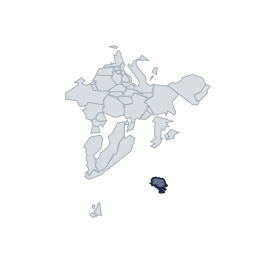 Iceland highlighted on a map of Europe, rotated 225°
{"feature_id": "ISL", "entity_name": "Iceland", "entity_type": "country or territory", "adm_level": 0, "iso_a3": "ISL", "parent_name": "Europe", "parent_adm1": "", "projection": "orthographic", "projection_center": [-19.868, 64.966], "detail": "fine", "context": "in_parent", "style": "filled", "palette": "slate", "viewbox_px": 256, "rotation_deg": 225, "n_neighbors": 37, "source": "natural_earth", "source_scale": "50m", "svg_char_len": 10939}
<svg xmlns="http://www.w3.org/2000/svg" viewBox="0 0 256 256"><g transform="rotate(225 128 128)"><path d="M85.3,47.7L88.2,44.1L93.5,45.6L93.0,47.9L95.9,54.3L95.1,55.1L85.3,47.7ZM126.5,65.7L125.7,69.5L124.1,67.1L121.8,67.2L123.0,74.3L117.5,75.2L118.3,79.4L115.8,80.5L118.2,96.9L119.7,99.4L118.2,100.2L119.0,104.0L125.2,114.2L125.2,119.9L123.0,118.3L121.4,124.3L115.9,125.6L109.7,113.7L114.2,75.5L119.3,63.9L124.1,63.1L123.8,65.0L126.5,65.7ZM93.5,39.8L93.2,43.6L87.8,43.1L89.7,40.0L93.5,39.8ZM98.3,47.2L98.0,49.6L96.3,49.8L96.1,48.7L94.9,48.0L95.6,46.4L98.3,47.2Z" fill="#d9dde1" stroke="#a8b0b8" stroke-width="1"/><path d="M119.1,155.5L134.8,157.7L133.0,168.0L140.3,177.0L127.0,187.8L115.7,187.3L115.4,177.4L105.1,172.6L104.3,170.0L111.8,168.1L110.0,164.1L112.7,165.0L119.1,155.5ZM146.5,182.5L146.2,176.9L147.9,182.6L146.5,182.5Z" fill="#d9dde1" stroke="#a8b0b8" stroke-width="1"/><path d="M125.2,119.9L123.5,109.8L119.0,104.0L118.2,100.2L119.7,99.4L115.6,83.3L117.5,76.5L123.5,77.6L128.8,83.2L127.5,85.8L129.6,90.8L128.6,99.8L130.5,105.2L135.7,107.6L135.4,114.3L139.0,124.2L134.9,130.1L125.2,119.9Z" fill="#d9dde1" stroke="#a8b0b8" stroke-width="1"/><path d="M159.2,107.5L164.6,105.1L166.3,107.4L172.8,108.3L171.5,111.4L174.6,113.3L174.6,117.7L162.1,128.5L156.9,121.3L159.5,117.1L157.9,111.6L159.2,107.5Z" fill="#d9dde1" stroke="#a8b0b8" stroke-width="1"/><path d="M195.2,124.8L198.0,122.2L196.3,130.7L191.7,130.9L192.4,127.2L187.2,128.7L185.0,138.4L182.9,134.8L185.0,132.6L178.9,130.3L172.7,138.1L165.9,140.6L165.3,131.4L162.1,128.5L163.3,125.9L174.6,117.7L173.5,115.0L177.0,109.2L183.7,111.0L192.7,104.3L196.7,109.2L193.7,123.3L195.2,124.8Z" fill="#d9dde1" stroke="#a8b0b8" stroke-width="1"/><path d="M156.9,121.3L160.2,124.6L159.6,126.1L164.9,130.4L166.0,137.6L150.2,142.9L141.4,136.9L140.1,134.2L144.6,126.2L156.9,121.3Z" fill="#d9dde1" stroke="#a8b0b8" stroke-width="1"/><path d="M156.0,149.3L156.4,155.5L153.8,158.3L140.8,162.7L148.2,157.1L147.4,151.5L153.8,147.8L156.0,149.3Z" fill="#d9dde1" stroke="#a8b0b8" stroke-width="1"/><path d="M165.9,140.6L168.2,141.3L167.9,148.9L163.4,154.8L156.6,154.6L156.0,149.3L165.9,140.6Z" fill="#d9dde1" stroke="#a8b0b8" stroke-width="1"/><path d="M175.0,133.6L178.9,130.3L185.0,132.6L182.9,134.8L183.8,138.7L180.8,135.1L175.0,133.6Z" fill="#d9dde1" stroke="#a8b0b8" stroke-width="1"/><path d="M183.8,138.7L186.7,136.7L188.1,143.2L176.6,153.4L166.5,150.8L168.6,139.9L175.0,133.6L180.8,135.1L183.8,138.7Z" fill="#d9dde1" stroke="#a8b0b8" stroke-width="1"/><path d="M157.9,111.6L159.5,117.1L156.9,121.3L148.2,117.9L153.6,111.7L157.9,111.6Z" fill="#d9dde1" stroke="#a8b0b8" stroke-width="1"/><path d="M154.6,104.9L159.2,107.5L157.9,111.6L153.6,111.7L148.2,117.9L146.7,110.5L149.7,111.8L150.3,106.4L154.6,104.9Z" fill="#d9dde1" stroke="#a8b0b8" stroke-width="1"/><path d="M150.6,98.0L154.6,104.9L149.4,108.1L144.7,105.0L150.6,98.0Z" fill="#d9dde1" stroke="#a8b0b8" stroke-width="1"/><path d="M140.1,134.2L146.6,142.1L142.2,148.5L147.4,151.5L148.2,157.1L135.3,163.3L134.8,157.7L131.2,158.6L128.6,155.9L126.1,149.8L127.5,147.6L125.9,142.1L128.3,141.7L129.0,139.2L126.9,136.1L129.7,134.6L133.3,137.0L135.7,133.6L140.1,134.2Z" fill="#d9dde1" stroke="#a8b0b8" stroke-width="1"/><path d="M175.2,152.6L176.6,153.4L188.1,143.2L190.5,149.2L181.2,160.9L175.2,152.6Z" fill="#d9dde1" stroke="#a8b0b8" stroke-width="1"/><path d="M199.1,171.9L196.1,176.3L192.7,177.7L192.4,176.1L199.1,171.9ZM177.7,165.9L188.5,153.3L188.8,156.5L184.0,161.4L186.5,161.8L182.3,164.7L190.0,169.8L187.4,170.8L190.0,175.1L188.4,176.5L177.7,171.2L177.7,165.9Z" fill="#d9dde1" stroke="#a8b0b8" stroke-width="1"/><path d="M177.7,165.9L177.7,171.2L174.9,170.6L171.6,162.4L177.7,165.9Z" fill="#d9dde1" stroke="#a8b0b8" stroke-width="1"/><path d="M158.0,155.2L166.4,155.0L158.9,162.0L169.0,165.2L161.7,165.8L156.6,162.4L153.6,163.9L158.0,155.2Z" fill="#d9dde1" stroke="#a8b0b8" stroke-width="1"/><path d="M140.4,161.1L143.8,163.8L137.3,169.9L133.5,169.6L133.6,164.4L140.4,161.1Z" fill="#d9dde1" stroke="#a8b0b8" stroke-width="1"/><path d="M128.0,156.3L129.8,158.1L128.5,158.4L128.0,156.3Z" fill="#d9dde1" stroke="#a8b0b8" stroke-width="1"/><path d="M127.9,153.4L128.5,158.4L119.1,155.5L124.3,152.1L127.9,153.4Z" fill="#d9dde1" stroke="#a8b0b8" stroke-width="1"/><path d="M125.8,143.0L127.9,153.4L120.7,154.1L121.6,146.5L125.8,143.0Z" fill="#d9dde1" stroke="#a8b0b8" stroke-width="1"/><path d="M96.5,197.6L98.6,195.7L104.5,197.9L102.3,204.8L104.5,210.0L102.6,214.8L99.3,215.3L98.9,210.4L96.5,209.1L96.5,197.6Z" fill="#d9dde1" stroke="#a8b0b8" stroke-width="1"/><path d="M103.7,213.7L102.3,204.8L104.5,197.9L98.6,195.7L96.5,197.6L94.9,193.6L98.6,190.2L130.0,186.2L128.8,191.4L125.4,193.4L123.8,200.4L125.4,202.0L120.3,211.2L110.8,216.2L103.7,213.7Z" fill="#d9dde1" stroke="#a8b0b8" stroke-width="1"/><path d="M96.4,151.3L96.2,157.7L88.8,160.8L90.2,156.5L88.4,152.7L92.4,147.0L93.1,151.2L96.4,151.3Z" fill="#d9dde1" stroke="#a8b0b8" stroke-width="1"/><path d="M143.4,162.3L151.7,159.2L153.5,162.0L150.1,165.0L152.6,168.9L172.3,172.0L173.0,173.9L168.6,174.3L171.4,178.8L169.4,184.2L168.9,180.2L165.6,177.9L151.7,176.6L147.0,172.7L143.1,172.9L140.3,177.0L135.9,169.7L143.4,162.3ZM161.3,190.3L168.5,183.5L169.7,189.2L161.3,190.3ZM145.6,185.4L150.6,184.7L151.9,189.3L149.9,191.4L145.6,185.4Z" fill="#d9dde1" stroke="#a8b0b8" stroke-width="1"/><path d="M129.7,134.6L126.9,136.1L123.6,130.9L126.4,124.3L127.2,127.6L129.2,128.4L129.7,134.6ZM132.5,128.1L134.3,133.0L131.3,132.1L130.3,130.8L132.5,128.1Z" fill="#d9dde1" stroke="#a8b0b8" stroke-width="1"/><path d="M96.4,151.3L93.1,151.2L92.4,147.0L97.1,148.4L96.4,151.3ZM103.9,151.3L97.4,143.3L96.6,145.4L94.2,140.0L95.1,132.3L99.1,131.3L97.9,136.0L102.1,134.3L101.4,141.5L103.7,141.2L112.4,150.6L115.4,150.4L116.5,155.9L100.2,165.1L104.9,158.9L100.0,157.9L102.2,156.1L100.4,151.8L103.9,151.3Z" fill="#d9dde1" stroke="#a8b0b8" stroke-width="1"/><path d="M151.7,159.2L156.6,154.6L158.0,155.2L156.9,160.5L153.1,162.7L151.7,159.2Z" fill="#d9dde1" stroke="#a8b0b8" stroke-width="1"/><path d="M124.1,67.1L127.5,71.6L130.8,71.9L132.0,75.0L136.4,77.0L138.0,80.2L141.1,81.2L142.4,83.6L146.0,83.6L146.9,85.5L148.1,94.9L142.4,103.5L138.1,102.6L132.7,94.5L132.9,84.3L127.5,82.3L123.5,77.6L117.5,76.5L123.0,74.3L121.8,67.2L124.1,67.1Z" fill="#d9dde1" stroke="#a8b0b8" stroke-width="1"/><path d="M165.5,137.8L165.7,141.2L158.5,149.2L155.2,148.3L156.8,142.6L165.5,137.8Z" fill="#d9dde1" stroke="#a8b0b8" stroke-width="1"/><path d="M146.6,142.1L153.1,141.2L157.4,142.1L149.6,151.6L144.0,150.6L142.2,148.5L146.6,142.1Z" fill="#d9dde1" stroke="#a8b0b8" stroke-width="1"/><path d="M169.0,164.5L161.8,163.4L158.7,160.3L167.0,156.2L169.5,160.1L169.0,164.5Z" fill="#d9dde1" stroke="#a8b0b8" stroke-width="1"/><path d="M178.1,158.9L181.2,160.9L176.3,165.9L175.0,162.6L178.1,158.9Z" fill="#d9dde1" stroke="#a8b0b8" stroke-width="1"/><path d="M164.0,153.7L166.5,150.8L174.7,151.5L178.2,158.2L176.5,160.6L173.0,158.8L172.6,161.2L169.0,160.7L164.0,153.7Z" fill="#d9dde1" stroke="#a8b0b8" stroke-width="1"/><path d="M172.5,162.2L172.2,165.6L169.0,165.2L169.0,160.7L172.5,162.2Z" fill="#d9dde1" stroke="#a8b0b8" stroke-width="1"/><path d="M175.0,163.5L172.5,162.2L172.7,159.2L176.2,158.9L175.0,163.5Z" fill="#d9dde1" stroke="#a8b0b8" stroke-width="1"/><path d="M71.5,105.5L72.0,105.3L72.1,105.2L72.4,104.9L72.5,104.8L72.8,104.8L73.0,104.7L73.0,104.8L72.8,104.9L72.7,105.0L72.3,105.6L72.2,105.8L72.4,106.1L72.6,106.1L72.8,106.0L73.0,106.3L73.0,106.7L72.9,106.9L72.8,107.2L73.4,107.1L73.5,107.1L73.5,107.3L73.7,107.5L73.4,107.9L73.7,107.7L73.9,107.6L74.3,107.7L74.5,107.8L74.6,108.0L74.7,107.9L74.8,107.9L74.9,108.0L74.8,108.3L74.8,108.5L74.6,108.6L74.7,108.8L74.8,108.9L74.9,109.0L74.8,109.3L75.1,109.5L75.1,109.8L75.0,110.0L74.8,110.1L74.7,110.1L74.7,110.3L74.7,110.5L74.6,111.0L74.4,111.2L74.3,111.3L74.0,111.3L73.9,111.2L73.9,111.5L73.8,111.8L73.9,112.0L73.7,112.4L73.6,112.6L73.3,112.7L73.1,113.0L72.9,113.1L72.5,113.1L72.1,113.3L71.6,113.7L71.2,113.9L70.9,114.3L70.5,114.8L70.2,115.0L69.7,115.1L69.4,115.2L68.5,115.5L68.2,115.7L68.1,115.8L68.0,116.0L68.0,116.4L67.7,116.6L67.5,116.4L67.4,116.4L67.4,116.5L67.5,116.7L67.3,116.7L66.7,116.9L65.7,116.8L65.2,116.7L64.7,116.4L64.4,116.4L64.0,116.4L63.6,116.0L63.4,115.8L63.4,115.7L63.5,115.7L63.6,115.4L63.3,115.6L63.2,115.6L63.0,115.4L62.8,115.4L62.5,115.2L62.3,115.0L62.3,114.9L62.1,114.8L61.9,115.1L60.2,115.1L59.7,115.1L59.5,114.6L59.5,114.4L59.6,114.1L59.8,114.3L59.9,114.5L60.5,114.4L60.7,114.2L60.8,114.1L61.0,113.9L61.1,113.7L61.3,113.4L61.4,113.2L61.6,113.1L61.8,113.0L61.6,113.0L61.0,113.3L60.8,113.3L60.8,113.2L61.0,113.0L60.9,113.0L60.9,112.9L60.9,112.7L61.0,112.5L61.4,112.2L61.6,112.1L61.0,112.3L60.7,112.4L60.5,112.2L60.4,112.2L60.4,111.9L60.5,111.7L60.4,111.6L60.1,111.3L59.7,111.3L58.7,111.1L58.4,111.2L58.1,111.4L57.8,111.4L57.7,111.4L57.6,111.1L57.5,110.9L57.7,110.7L57.8,110.7L58.1,110.8L58.4,110.6L58.7,110.6L58.9,110.5L58.9,110.4L59.0,110.5L59.4,110.5L59.6,110.4L59.8,110.4L60.0,110.4L60.4,110.3L61.1,110.4L61.3,110.2L61.4,109.9L60.9,110.0L60.3,109.9L60.1,109.7L60.5,109.4L60.8,109.2L61.2,109.0L61.3,108.9L61.0,108.6L60.5,108.6L60.4,108.4L60.0,108.2L59.7,108.3L59.6,108.2L59.2,108.3L58.4,108.5L58.0,108.7L57.9,108.8L57.7,108.6L57.4,108.4L57.0,108.3L56.9,108.2L57.2,107.9L57.3,107.9L57.5,107.9L57.8,108.2L58.0,108.2L57.7,107.9L57.8,107.8L57.7,107.6L57.6,107.3L57.9,107.3L58.4,107.7L58.6,107.7L58.8,107.5L59.0,107.5L58.9,107.4L58.5,107.4L58.3,107.3L58.2,107.2L58.1,106.9L58.6,106.9L58.4,106.6L58.2,106.4L58.2,106.2L58.3,106.2L58.7,106.3L58.8,106.4L58.7,106.2L58.7,105.9L58.8,105.7L59.0,105.8L59.4,106.1L59.5,106.4L59.4,106.5L59.6,106.5L59.8,106.6L59.9,106.4L60.0,106.4L60.1,106.5L60.1,107.0L60.2,106.9L60.4,106.9L60.4,106.5L60.4,106.3L60.4,106.2L59.8,105.9L59.7,105.8L59.6,105.6L59.9,105.5L60.3,105.5L60.3,105.4L60.1,105.3L60.0,105.2L59.8,105.2L59.6,105.2L59.4,105.1L59.5,105.0L59.6,104.8L59.7,104.7L60.0,104.8L60.3,104.7L60.5,104.8L60.6,105.0L60.9,105.3L61.2,105.5L61.4,105.8L61.7,106.2L62.1,106.5L61.9,106.7L61.9,106.8L62.1,106.8L62.2,107.0L62.1,107.6L61.9,107.8L61.6,107.7L61.7,107.8L61.9,108.0L62.0,108.1L61.9,108.2L62.0,108.3L62.1,108.2L62.1,108.3L62.0,108.6L62.3,108.9L62.4,109.4L62.4,109.5L62.5,109.4L62.5,109.0L62.6,108.9L62.7,108.7L62.8,108.3L63.0,108.1L63.2,107.9L63.3,108.0L63.4,108.3L63.5,108.3L63.7,108.1L63.8,107.7L63.8,107.3L63.7,106.8L63.8,106.5L63.9,106.3L64.0,106.2L64.2,106.3L64.3,106.4L64.5,106.9L64.7,107.1L64.9,107.4L65.0,107.5L65.3,107.3L65.2,106.7L65.3,106.5L65.3,106.3L65.6,106.2L65.8,106.1L66.0,106.0L66.1,105.9L66.3,105.9L66.4,106.1L66.6,106.3L66.8,106.7L67.1,107.0L67.3,107.5L67.4,107.2L67.1,106.2L67.3,105.9L67.7,106.0L67.9,106.1L68.2,106.6L68.3,106.7L68.5,106.4L68.6,106.2L68.9,105.7L69.0,105.7L69.2,105.8L69.3,105.9L69.4,106.0L69.6,106.0L69.8,105.8L70.0,105.7L70.1,105.4L69.9,104.7L70.3,104.4L70.6,104.3L71.0,104.7L71.1,104.8L71.2,105.0L71.2,105.3L71.3,105.4L71.5,105.5Z" fill="#64748b" stroke="#1e293b" stroke-width="1.5"/></g></svg>